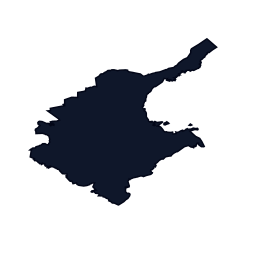 Kota Bandar Lampung, Lampung, Indonesia, rotated 260°
{"feature_id": "22746128B13880384963573", "entity_name": "Kota Bandar Lampung", "entity_type": "district", "adm_level": 2, "iso_a3": "IDN", "parent_name": "Indonesia", "parent_adm1": "Lampung", "projection": "equal_earth", "projection_center": [105.271, -5.429], "detail": "fine", "context": "isolated", "style": "filled", "palette": "ink", "viewbox_px": 256, "rotation_deg": 260, "n_neighbors": 0, "source": "geoboundaries", "source_scale": "gbopen_adm2", "svg_char_len": 5878}
<svg xmlns="http://www.w3.org/2000/svg" viewBox="0 0 256 256"><g transform="rotate(260 128 128)"><path d="M192.2,229.3L202.1,221.2L197.9,211.8L195.0,204.3L193.7,203.3L191.1,202.8L186.9,198.7L185.9,194.6L183.2,189.3L181.1,186.8L180.8,185.3L179.6,183.5L179.6,178.4L178.7,176.3L178.9,175.5L177.7,169.1L177.8,164.6L177.5,164.1L177.5,161.8L176.9,158.3L177.4,157.3L176.8,156.7L176.2,153.0L176.5,151.8L179.0,149.6L181.4,143.4L181.5,142.4L181.8,142.5L183.1,138.8L184.2,137.5L185.0,137.6L185.6,135.9L186.4,129.7L186.2,127.9L187.7,124.4L188.1,122.0L187.5,120.3L187.9,120.0L188.1,118.2L187.0,116.1L187.0,115.2L186.4,114.8L186.4,113.8L185.7,113.2L185.9,110.8L185.6,110.1L184.0,108.3L182.7,104.7L174.2,104.4L174.9,102.2L174.8,100.8L174.2,99.8L174.6,98.0L174.1,94.7L174.6,93.6L171.7,92.5L171.9,91.7L171.7,90.8L171.7,84.7L166.8,83.7L168.0,77.8L166.8,70.5L162.5,69.8L162.4,68.4L161.0,69.4L160.8,54.9L158.5,54.7L158.8,51.8L149.1,61.3L147.7,62.0L147.1,59.0L147.7,54.9L147.5,52.5L145.5,52.9L145.8,54.9L144.6,55.6L144.5,55.2L143.6,55.3L143.8,54.8L144.6,54.3L143.6,52.3L144.5,51.3L145.0,51.2L145.3,52.3L146.0,51.9L145.9,51.1L146.4,50.3L146.6,48.5L149.2,44.6L150.0,41.9L149.7,40.9L149.0,40.8L148.9,40.2L147.5,40.1L146.8,41.2L145.6,41.7L145.3,40.6L144.8,40.5L143.7,38.9L142.9,36.7L141.9,36.3L140.5,36.7L138.5,36.4L137.6,43.1L137.1,43.7L137.1,44.5L136.0,45.5L135.5,47.0L134.2,48.2L134.2,48.7L130.2,49.0L129.3,48.4L127.6,48.5L126.4,47.2L125.5,46.9L125.3,46.3L126.3,44.2L127.0,43.6L127.2,42.1L126.9,41.6L127.3,41.1L126.2,39.4L126.1,37.7L125.5,36.8L125.7,36.3L125.5,34.1L124.4,33.2L124.7,31.7L124.4,30.6L124.7,30.3L124.0,29.5L124.1,28.9L123.4,27.6L123.0,29.0L116.5,26.7L114.2,30.3L113.8,29.7L113.5,30.3L112.9,30.0L112.0,30.5L112.0,31.5L111.0,32.8L109.4,33.8L109.3,34.3L108.2,34.8L108.1,36.3L107.2,36.4L107.5,36.9L107.4,37.3L108.2,37.7L107.3,38.8L107.2,39.8L105.4,39.7L104.8,40.2L104.8,41.0L104.3,41.7L103.1,41.4L102.9,42.5L102.4,42.7L103.0,44.7L103.9,43.7L103.9,45.3L103.2,45.9L102.7,47.8L102.0,48.4L101.5,49.1L101.6,49.5L100.6,50.2L100.8,50.7L99.6,51.5L99.3,52.8L97.7,53.3L94.4,55.5L93.3,59.9L91.8,59.7L91.7,59.1L91.3,59.5L91.0,59.0L90.6,59.2L90.4,58.6L85.9,61.5L85.5,62.1L85.5,63.5L82.7,64.2L82.9,67.8L81.3,68.0L80.1,69.7L78.6,74.3L78.5,77.3L78.6,78.6L78.9,78.9L78.9,80.4L79.5,80.6L79.6,82.5L80.1,83.1L79.7,85.6L76.1,83.2L72.5,85.7L72.7,84.0L72.1,83.8L72.4,81.6L71.6,80.7L71.0,81.5L71.4,82.7L70.2,84.4L69.4,84.6L68.6,87.4L67.4,88.2L66.4,87.1L65.6,91.0L65.1,91.6L64.5,91.6L64.2,92.8L62.6,94.5L61.6,96.3L60.3,96.8L59.7,96.4L58.4,98.4L56.9,99.5L56.4,101.5L53.9,105.1L54.0,105.7L56.2,111.1L57.9,113.6L58.6,115.5L60.9,117.8L62.3,118.4L63.0,118.2L63.6,117.4L63.9,115.4L64.8,115.1L65.5,114.5L68.0,114.9L69.1,115.5L69.4,115.0L70.2,115.0L70.3,116.8L69.6,117.0L69.7,117.8L70.1,118.0L69.9,118.8L70.7,119.2L75.4,118.6L77.3,120.0L76.9,120.1L76.9,121.0L77.3,121.2L78.1,124.7L78.1,127.1L78.5,128.8L78.2,128.8L78.6,131.8L78.3,133.7L77.5,134.7L78.1,138.0L78.4,142.4L79.4,144.1L79.7,144.2L79.7,143.6L81.5,143.1L81.6,142.7L82.6,143.1L82.8,143.6L82.7,144.2L83.9,146.3L85.1,146.5L85.3,147.2L84.9,148.2L86.3,149.1L87.9,148.4L89.0,150.8L90.7,153.1L91.6,155.6L91.3,157.4L93.1,159.9L93.2,163.7L93.0,165.5L94.2,166.8L95.2,168.6L96.3,171.7L96.1,172.1L96.2,172.8L99.8,180.3L100.3,184.5L98.3,186.8L97.9,188.3L97.3,189.1L98.9,189.5L98.9,190.4L98.0,190.5L98.2,191.6L98.6,192.1L99.4,191.9L100.4,193.3L100.7,193.1L101.1,193.6L101.1,194.5L100.8,194.9L100.4,194.5L99.0,194.9L96.9,197.0L96.4,199.4L96.6,199.9L101.9,198.3L105.3,196.8L107.9,193.2L114.2,188.3L114.9,193.6L114.1,196.3L114.7,196.8L115.6,196.4L115.7,194.5L116.6,192.2L116.0,190.2L116.2,187.8L116.5,186.3L117.0,186.2L116.7,185.1L116.4,185.3L116.2,184.8L115.3,181.5L116.3,181.4L116.1,179.8L115.1,176.9L115.2,175.4L115.7,174.4L114.2,174.6L114.1,171.8L114.3,171.3L116.2,171.2L116.2,169.5L117.0,166.0L117.5,165.5L117.8,163.4L119.3,162.3L120.3,162.1L123.2,160.4L124.2,159.2L124.3,158.4L124.8,157.2L127.8,163.1L127.8,163.6L128.2,162.0L128.4,157.5L129.8,155.6L129.4,154.8L128.9,154.6L128.3,155.2L126.9,154.3L126.7,155.2L126.0,155.4L125.9,155.0L126.3,154.9L125.8,154.3L126.3,153.2L127.2,153.5L127.3,153.9L127.6,153.8L128.0,154.7L128.5,154.8L130.1,152.9L129.6,152.6L129.6,152.1L130.3,152.5L130.4,151.3L130.1,150.6L131.1,149.5L132.5,149.5L135.7,148.0L139.5,148.6L141.2,148.1L142.0,147.0L142.2,147.5L143.6,147.3L143.7,147.8L143.2,147.9L143.8,148.1L144.1,147.8L144.0,146.4L146.0,145.8L146.8,146.0L146.7,146.7L147.5,147.4L148.8,147.4L151.5,149.1L151.4,149.5L151.6,150.1L154.0,150.6L155.5,151.6L156.6,151.7L158.7,153.3L158.5,154.0L159.3,154.6L159.5,155.6L160.4,157.0L162.4,158.4L163.3,159.6L164.2,161.3L164.0,162.3L167.5,169.9L170.6,172.2L169.5,174.7L169.6,175.1L168.4,174.3L166.9,177.3L167.2,177.5L168.0,175.6L168.6,176.1L168.2,178.4L166.7,179.5L166.7,180.3L167.3,181.0L166.5,182.5L167.6,183.3L168.0,182.4L168.7,183.0L169.3,182.4L169.2,183.0L169.9,183.8L169.6,184.6L170.5,185.3L170.3,185.4L170.5,185.7L171.2,185.4L170.8,185.9L171.3,186.6L170.6,187.3L171.1,187.9L171.5,187.9L171.4,188.4L172.6,187.6L172.6,188.4L173.4,190.8L173.9,190.5L174.0,190.8L173.5,191.6L174.2,191.2L173.9,192.0L173.4,192.2L174.3,192.0L174.1,192.3L174.4,192.3L172.7,192.9L172.6,193.9L173.6,193.9L173.6,195.1L174.5,195.2L174.3,198.4L174.2,198.8L173.2,199.1L173.9,201.4L173.3,202.7L174.7,207.4L174.5,207.9L175.6,208.9L175.4,209.3L177.3,210.5L178.0,209.7L178.4,210.2L178.7,209.7L178.9,210.1L178.7,210.3L179.6,211.4L180.9,211.2L181.0,210.7L182.3,211.3L183.0,213.1L184.1,214.5L184.6,215.9L186.0,216.7L187.4,219.0L187.9,218.7L188.4,219.1L188.7,220.0L188.2,220.8L190.4,225.0L192.2,229.3ZM125.8,164.0L125.0,164.1L124.6,165.1L124.9,165.3L124.9,166.8L125.4,167.1L125.4,167.9L125.6,167.7L125.3,168.0L125.6,168.2L125.7,168.9L126.9,167.8L126.8,167.2L127.3,167.1L126.6,165.6L126.6,164.8L126.0,164.8L125.8,164.0ZM121.1,190.1L120.1,188.7L119.6,190.1L119.9,191.3L121.1,190.1Z" fill="#0f172a" stroke="#020617" stroke-width="1.5"/></g></svg>